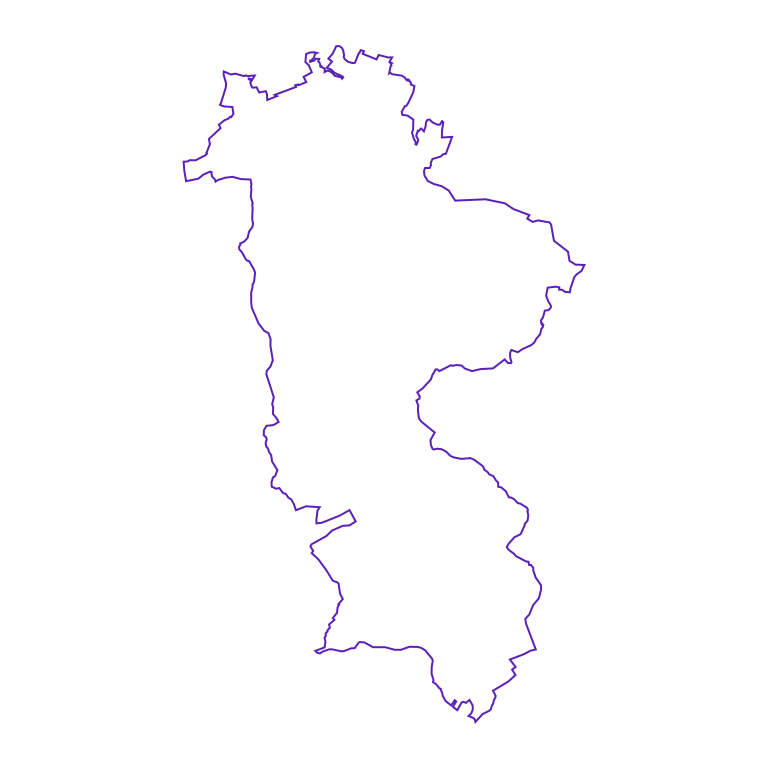 Lechinta, Bistrita-Nasaud, Romania (Mercator projection)
{"feature_id": "2599482B84958268498590", "entity_name": "Lechinta", "entity_type": "district", "adm_level": 2, "iso_a3": "ROU", "parent_name": "Romania", "parent_adm1": "Bistrita-Nasaud", "projection": "mercator", "projection_center": [24.317, 47.004], "detail": "fine", "context": "isolated", "style": "outline", "palette": "violet", "viewbox_px": 768, "rotation_deg": 0, "n_neighbors": 0, "source": "geoboundaries", "source_scale": "gbopen_adm2", "svg_char_len": 6023}
<svg xmlns="http://www.w3.org/2000/svg" viewBox="0 0 768 768"><path d="M535.8,649.5L526.0,623.6L525.3,618.9L529.3,614.5L533.1,605.2L538.9,598.2L541.1,589.5L541.0,585.2L535.7,577.6L533.2,570.2L533.3,567.8L531.0,565.0L529.1,564.9L528.4,561.7L526.2,561.5L515.9,556.1L514.1,553.9L508.7,549.8L506.8,547.2L508.2,544.3L514.2,537.4L520.7,534.1L524.6,525.4L524.7,524.0L527.6,520.6L528.3,515.0L527.4,511.4L527.9,510.7L527.6,508.9L526.9,507.7L520.5,503.7L517.8,503.1L514.0,499.1L510.9,497.5L508.9,497.4L505.8,491.3L501.4,487.5L498.2,486.7L498.1,482.6L496.0,480.4L493.4,476.2L489.0,474.2L487.8,472.2L484.4,469.8L483.3,466.9L482.2,465.7L474.4,459.9L470.4,458.1L461.2,458.9L453.5,457.3L450.4,455.9L446.2,451.7L441.6,449.2L437.2,448.7L433.5,449.5L432.5,448.7L430.9,445.1L430.5,440.0L434.7,432.5L421.4,421.7L419.7,419.5L418.8,417.6L417.9,410.3L418.2,405.5L416.4,400.4L419.5,398.6L419.7,396.3L417.3,392.3L422.5,388.5L430.8,379.5L432.5,374.8L435.7,369.4L437.4,369.4L439.4,371.1L450.9,365.2L452.6,365.8L456.7,365.0L461.6,365.6L465.0,368.6L472.0,371.1L480.5,369.1L493.0,368.4L504.7,359.4L507.9,363.0L510.8,363.2L511.5,362.2L510.2,357.7L510.1,352.8L511.3,350.0L517.9,352.2L522.2,349.2L531.6,344.9L534.4,342.3L536.2,338.9L540.1,334.3L541.4,328.7L542.7,327.3L543.3,325.1L541.8,324.7L542.3,323.4L541.3,323.1L540.9,320.4L543.0,317.4L544.8,310.7L548.6,310.0L550.6,307.9L551.1,306.1L548.1,301.0L546.1,295.6L547.7,287.7L555.4,286.7L559.3,287.3L559.1,289.6L562.2,289.8L565.0,291.9L569.8,292.3L570.6,287.9L574.4,277.0L576.6,274.4L581.6,270.8L584.4,265.0L575.5,264.6L569.5,260.8L568.0,251.7L553.9,240.7L551.1,224.5L549.4,222.4L538.0,220.4L532.8,221.9L527.3,218.7L529.3,215.1L513.5,209.1L504.9,203.3L485.6,199.3L455.2,200.6L448.7,190.5L441.5,186.1L433.8,184.0L427.8,181.0L424.5,175.6L424.0,171.0L425.1,168.0L429.7,168.0L431.0,165.1L430.7,162.9L432.5,159.0L440.7,156.5L443.2,154.2L445.9,153.8L452.1,136.9L441.9,137.5L442.0,130.8L443.3,122.2L442.1,121.2L439.8,124.7L437.0,124.5L432.7,122.5L429.6,119.6L427.4,119.9L426.1,122.0L425.5,126.7L423.9,131.3L421.1,128.5L418.3,131.3L417.8,130.9L416.3,135.2L416.4,136.5L418.1,139.5L418.0,141.1L416.5,144.7L415.6,144.4L415.4,141.3L413.8,138.8L412.0,132.5L413.1,129.6L413.3,119.6L407.6,115.6L402.4,114.9L401.7,111.9L404.8,106.2L406.1,106.1L408.2,103.1L413.3,92.2L414.4,86.0L410.9,84.5L410.8,82.7L408.6,79.6L408.0,79.5L408.0,80.6L406.5,80.1L404.9,77.6L401.7,75.6L392.1,74.2L390.0,72.7L389.2,73.3L390.5,66.6L391.5,65.4L390.6,63.6L391.7,63.1L389.4,61.9L392.1,57.4L387.9,57.4L378.7,55.0L376.5,59.4L362.7,53.8L364.0,51.2L360.7,50.2L359.3,53.2L358.8,53.2L355.0,62.8L352.6,63.1L347.8,61.7L344.7,59.1L343.7,56.9L344.1,55.4L343.2,50.5L342.1,48.1L339.5,46.1L336.3,46.1L332.7,53.6L328.4,58.7L332.0,61.5L326.8,67.8L331.4,69.7L334.6,72.9L342.2,76.3L343.2,77.3L342.1,78.7L341.5,77.5L334.5,75.7L334.0,74.5L330.0,71.3L327.4,70.6L324.6,72.1L324.8,68.6L322.9,67.9L321.6,66.5L320.8,66.9L320.1,66.2L320.4,65.2L319.7,63.0L318.2,61.4L319.1,58.9L315.9,58.7L314.5,60.4L310.2,61.9L310.1,60.6L311.7,60.0L313.9,57.7L315.1,53.8L317.0,53.0L314.1,52.2L309.4,52.6L306.1,54.1L305.4,62.0L308.8,65.3L311.8,72.3L303.6,76.9L306.3,82.1L298.6,85.2L298.2,84.5L295.2,85.3L296.1,86.9L274.7,94.9L277.0,96.1L267.2,100.0L267.0,94.6L265.8,91.2L259.2,92.5L256.6,87.3L252.5,87.7L251.6,86.6L250.3,82.6L251.5,80.9L248.7,79.1L248.8,78.5L252.4,79.4L254.7,75.5L247.3,76.1L245.9,75.4L244.1,76.1L235.4,73.7L230.8,74.5L223.8,71.5L223.6,74.7L226.1,83.4L225.8,87.4L221.3,102.0L220.0,104.9L223.7,106.4L232.4,107.0L233.4,113.8L231.3,117.1L230.1,116.8L228.6,118.5L224.4,120.3L218.9,124.7L220.5,128.2L208.9,139.0L209.9,144.1L206.4,153.2L207.0,153.6L205.7,155.1L195.6,160.3L189.7,160.2L187.4,161.5L183.6,161.7L184.3,170.7L186.1,181.2L198.4,178.7L203.2,174.7L210.1,171.6L211.6,172.2L211.3,173.1L212.2,176.7L214.7,179.2L215.6,181.6L217.5,180.2L225.3,177.7L232.5,176.8L241.0,179.1L250.5,179.5L251.5,184.3L251.0,186.4L251.4,189.6L250.8,196.7L252.7,203.6L252.2,204.9L252.6,208.1L252.2,219.0L253.0,224.0L252.3,227.2L249.1,231.5L247.5,238.1L244.0,241.7L240.1,243.5L240.4,244.5L239.0,247.0L239.4,249.5L241.8,252.1L245.6,258.9L247.2,260.7L249.0,261.0L254.1,269.7L255.1,272.7L254.2,280.8L253.3,283.6L252.5,284.4L252.5,287.5L251.2,292.4L251.2,302.5L251.8,307.7L258.5,323.4L264.2,330.8L268.5,333.2L270.6,339.3L270.4,345.5L272.8,360.3L270.5,366.4L266.8,370.8L266.3,374.0L273.8,397.3L272.2,404.0L273.2,407.5L272.9,413.9L276.7,418.4L278.6,422.0L273.3,425.1L266.5,425.8L263.9,430.3L263.8,435.3L266.2,437.4L266.7,439.6L265.6,443.0L266.2,446.3L268.0,448.6L269.1,452.3L271.2,455.1L272.0,461.3L277.4,470.2L275.1,476.2L273.0,477.3L271.5,482.3L271.7,486.7L276.1,488.7L279.4,488.1L282.8,492.8L286.0,494.2L288.4,497.7L291.4,499.5L294.0,504.5L296.0,510.2L306.0,506.3L319.7,507.2L317.5,510.6L316.4,519.5L316.5,523.4L321.6,522.8L332.1,518.7L339.9,515.5L349.5,510.1L355.7,521.4L349.5,525.4L342.8,525.8L332.1,530.5L326.3,536.1L311.8,544.1L310.7,545.5L310.5,546.7L313.2,550.9L311.7,553.1L318.4,559.4L326.2,570.0L332.7,580.6L337.1,582.3L338.6,583.6L340.0,593.6L342.8,599.1L338.4,604.2L339.1,604.6L337.6,607.3L337.0,612.8L332.8,618.1L334.4,619.9L329.1,624.4L329.8,627.8L327.4,630.4L327.5,631.6L325.6,633.3L325.8,635.9L324.6,637.6L325.4,641.8L324.6,647.4L315.3,650.9L317.1,652.7L320.0,653.4L322.7,651.6L328.9,649.4L332.0,649.3L341.2,651.3L344.0,651.1L351.3,648.3L354.7,648.2L358.6,642.7L359.9,642.0L364.5,642.5L373.0,647.2L385.1,647.2L394.8,649.8L400.8,649.8L409.4,646.8L417.3,646.9L420.9,647.7L425.4,650.5L432.3,659.0L432.7,660.9L431.7,667.2L431.6,673.9L433.5,679.9L433.0,682.1L436.0,684.1L439.4,688.3L440.8,688.8L440.7,689.8L442.1,692.6L442.8,696.0L445.6,701.0L451.2,705.4L454.7,700.2L456.2,701.4L453.0,706.9L457.3,710.2L461.5,702.6L463.5,701.8L465.9,702.9L469.5,700.0L472.7,705.5L472.8,709.4L471.5,713.0L468.6,716.0L473.8,718.2L474.9,719.6L475.4,721.9L482.7,714.0L489.1,710.9L490.8,709.3L492.0,705.3L493.1,703.7L493.8,700.5L495.5,697.1L495.6,695.8L493.0,690.7L508.1,681.7L515.5,675.0L512.1,669.6L515.6,667.0L509.9,659.5L523.9,654.2L530.7,650.6L535.8,649.5Z" fill="none" stroke="#5b21b6" stroke-width="2"/></svg>